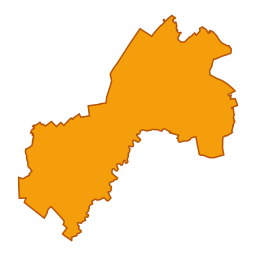 the district of Catalina, Covasna, Romania
{"feature_id": "2599482B45349138492818", "entity_name": "Catalina", "entity_type": "district", "adm_level": 2, "iso_a3": "ROU", "parent_name": "Romania", "parent_adm1": "Covasna", "projection": "albers", "projection_center": [26.117, 45.937], "detail": "fine", "context": "isolated", "style": "filled", "palette": "amber", "viewbox_px": 256, "rotation_deg": 0, "n_neighbors": 0, "source": "geoboundaries", "source_scale": "gbopen_adm2", "svg_char_len": 5806}
<svg xmlns="http://www.w3.org/2000/svg" viewBox="0 0 256 256"><path d="M223.8,154.9L222.6,148.6L222.6,144.5L222.8,137.4L224.0,136.8L225.1,135.8L225.5,135.7L226.2,136.0L227.6,135.4L230.0,133.9L230.6,133.8L232.5,132.1L231.7,131.4L233.1,125.9L232.7,125.9L234.8,121.2L233.8,120.4L234.0,118.6L233.6,118.2L233.4,117.7L233.5,116.6L234.5,114.7L234.2,114.0L233.9,113.7L233.3,108.5L231.8,108.4L231.7,107.4L232.9,107.1L237.4,105.5L236.9,103.4L235.1,98.7L230.4,99.0L231.2,95.3L229.5,96.1L228.2,94.9L228.1,94.5L231.5,92.9L235.0,91.0L233.7,89.5L231.2,87.2L228.2,84.7L225.5,82.7L221.9,80.5L217.2,78.7L210.0,74.7L209.7,71.7L209.9,70.0L211.3,67.3L212.0,65.7L212.0,64.9L213.0,60.7L213.7,59.6L213.6,59.1L215.8,59.0L218.2,57.8L220.6,56.7L230.5,53.4L231.0,52.8L231.2,48.9L228.9,45.6L228.2,46.0L226.8,45.5L222.2,43.2L221.5,42.6L219.7,40.5L218.2,38.5L217.2,36.5L216.4,35.5L213.3,32.0L211.6,31.1L209.8,30.6L209.7,31.3L210.3,32.3L210.2,32.6L209.2,32.7L208.4,32.0L208.1,32.1L208.0,32.6L206.4,30.0L205.8,29.4L204.7,28.3L203.3,28.1L202.6,26.9L199.6,28.5L200.0,31.1L196.2,35.2L194.6,32.9L191.7,35.8L189.6,37.3L189.4,37.1L184.7,41.9L182.9,42.1L180.4,41.7L178.5,39.8L178.0,39.0L177.9,38.3L178.6,36.4L179.5,35.3L179.6,34.8L179.5,34.2L179.7,33.8L180.7,33.3L181.0,32.7L180.8,32.5L179.4,32.7L178.6,32.6L178.1,32.3L176.7,30.7L176.7,30.4L177.5,30.0L176.6,29.2L176.4,28.2L176.2,27.8L176.2,27.6L176.5,27.2L176.9,26.1L176.5,25.1L176.0,22.4L175.8,22.1L174.7,23.0L172.6,20.4L173.4,19.9L173.3,19.1L175.4,18.2L174.9,17.4L173.4,16.7L171.9,15.4L168.3,18.3L168.4,18.5L164.8,21.6L164.0,19.5L163.4,19.7L163.9,21.2L164.5,22.3L161.9,25.0L160.6,25.7L156.6,30.1L154.2,32.8L151.7,36.3L140.0,28.7L130.1,43.3L116.7,64.1L113.4,68.5L110.2,74.0L111.5,79.8L111.6,81.0L110.4,85.7L109.4,88.5L107.8,93.9L106.8,96.4L106.1,102.1L105.7,103.1L100.3,103.7L100.3,104.2L88.2,105.8L89.4,115.9L80.9,117.2L80.7,117.0L79.2,113.9L75.2,116.9L72.9,118.3L72.7,118.9L72.8,119.3L72.6,119.3L70.8,118.1L63.9,125.4L63.7,125.3L60.8,122.4L56.4,126.5L51.4,121.5L45.5,126.0L43.4,124.4L42.6,124.2L41.6,124.7L40.0,122.3L35.0,125.7L34.8,125.1L33.6,125.4L33.0,125.9L32.8,126.3L33.4,126.5L33.9,127.2L33.9,127.4L33.6,127.6L33.4,127.9L34.1,128.5L33.8,128.8L32.6,129.3L31.6,130.2L31.4,131.0L31.1,131.3L31.1,132.0L30.6,132.9L31.6,133.4L31.8,132.9L32.3,133.0L33.3,133.8L33.4,134.2L33.2,134.6L32.8,134.6L32.8,134.9L32.5,135.2L33.4,135.8L33.4,136.3L33.6,136.8L33.5,137.4L33.1,138.1L33.2,138.4L33.0,138.6L32.9,139.3L32.7,139.9L33.0,140.9L32.5,141.4L32.3,142.0L32.6,143.4L32.1,144.4L31.7,145.7L31.5,146.0L30.7,146.3L30.1,147.0L26.9,148.7L25.9,149.0L25.8,149.4L25.9,149.8L25.8,150.2L25.4,150.6L25.5,152.5L26.9,156.2L26.4,158.0L26.7,159.1L27.1,159.6L27.1,160.5L27.4,160.9L27.8,162.4L28.0,163.3L27.8,164.8L28.2,166.3L28.5,167.0L28.9,167.5L29.8,168.4L30.3,168.5L31.1,170.2L31.9,171.1L31.9,171.4L30.8,172.0L30.0,173.2L29.2,174.0L29.4,174.2L29.3,174.7L29.5,175.4L27.2,176.3L23.2,178.6L22.0,178.6L20.4,177.9L18.6,177.4L18.8,187.3L19.3,198.3L26.0,198.0L24.3,202.5L30.1,207.0L44.3,218.2L47.1,213.0L48.0,209.4L51.0,206.5L56.3,212.1L63.6,220.3L64.3,221.8L63.2,224.6L67.0,227.9L62.5,233.9L64.8,235.9L66.8,237.1L71.6,240.6L71.8,240.3L71.9,239.7L71.6,238.1L71.6,237.5L71.8,237.3L73.3,236.8L74.7,236.1L75.8,236.1L76.5,235.8L76.9,235.4L76.9,234.0L77.2,233.6L78.8,233.4L79.8,232.5L81.0,232.1L81.1,231.2L80.9,230.5L78.8,229.0L78.7,227.8L79.1,226.8L79.1,226.4L78.7,225.6L77.7,224.6L77.5,223.8L77.5,223.2L77.9,222.9L79.0,222.7L79.5,222.7L80.2,223.3L81.5,223.0L81.9,222.2L83.0,221.4L84.4,220.6L85.4,220.6L85.5,219.6L85.1,219.2L84.8,218.5L84.8,218.2L85.0,217.8L86.0,217.0L87.5,217.1L87.9,216.8L88.5,215.5L88.5,214.9L86.8,214.5L86.4,214.0L86.4,213.7L86.8,212.9L88.5,210.9L88.5,209.6L89.2,208.3L89.1,207.1L89.2,206.6L90.3,204.9L92.4,204.1L92.5,203.9L92.5,203.4L91.8,201.9L91.8,201.2L95.0,199.3L95.8,199.3L97.4,200.2L99.1,199.7L100.1,199.7L102.1,198.5L103.7,197.8L104.6,198.2L105.2,198.7L106.8,200.7L108.0,200.8L109.2,200.0L109.9,198.9L110.7,198.3L110.9,197.7L110.7,197.2L109.8,196.2L109.5,195.6L109.3,194.6L108.2,192.8L108.0,192.2L108.3,191.7L110.0,191.8L110.9,190.6L111.1,190.0L111.2,188.8L111.4,187.8L111.3,186.8L111.0,186.4L109.7,185.2L109.4,184.0L109.5,183.3L109.9,182.6L110.3,182.3L113.3,181.2L113.7,180.8L114.3,179.9L114.8,179.6L116.6,179.5L117.0,179.2L117.5,178.4L117.5,177.9L117.2,177.6L114.9,175.9L112.0,173.1L111.9,172.6L112.2,169.6L112.5,169.0L112.8,168.8L114.0,168.8L114.7,169.4L115.4,170.5L115.8,170.7L116.3,170.9L117.4,170.6L117.7,170.2L118.1,168.8L118.0,168.4L117.2,167.0L116.8,165.1L116.8,164.5L117.4,164.1L119.6,163.6L120.0,163.8L120.5,164.8L120.8,165.1L121.7,165.1L122.3,164.9L122.6,164.5L122.8,163.1L123.5,161.0L124.1,160.4L124.5,160.4L125.0,160.7L125.2,162.6L125.7,163.2L126.6,163.1L127.4,162.6L127.7,162.2L127.9,161.6L127.8,161.1L127.2,160.1L127.2,159.4L127.8,158.0L128.1,156.8L128.4,156.0L128.2,154.3L128.5,153.2L129.4,151.8L130.0,149.2L129.9,148.9L129.1,147.9L128.8,146.9L128.8,146.5L129.0,146.2L129.7,146.0L131.3,146.7L131.7,146.7L133.0,146.3L133.5,145.1L133.4,144.3L132.9,142.6L132.8,141.0L133.2,140.4L134.2,140.3L135.1,140.7L137.0,141.8L138.0,142.1L138.9,141.7L140.2,140.4L140.4,140.0L140.4,139.2L138.0,137.1L137.6,136.5L137.3,135.8L136.7,135.3L136.6,134.6L137.1,134.1L139.0,134.1L139.5,133.7L140.0,132.7L140.2,131.3L141.3,130.4L142.3,130.0L143.5,130.0L147.2,131.0L148.1,130.4L149.2,130.5L151.2,130.0L151.8,129.6L152.7,129.4L155.8,129.7L157.6,129.6L158.7,130.0L159.7,130.6L161.8,131.1L162.1,130.9L162.3,129.8L162.4,129.6L164.4,128.7L170.2,131.9L169.5,132.2L169.5,132.7L175.3,134.3L178.6,135.4L178.0,136.8L177.0,138.2L178.0,138.6L178.2,140.9L179.1,142.1L180.6,142.0L183.4,141.1L187.7,140.8L189.7,139.9L190.3,139.3L190.8,138.3L191.6,137.7L195.8,136.7L199.3,154.5L201.0,155.2L203.1,155.3L204.6,155.7L209.6,157.7L210.6,157.6L214.0,157.7L223.8,154.9Z" fill="#f59e0b" stroke="#b45309" stroke-width="1.5"/></svg>